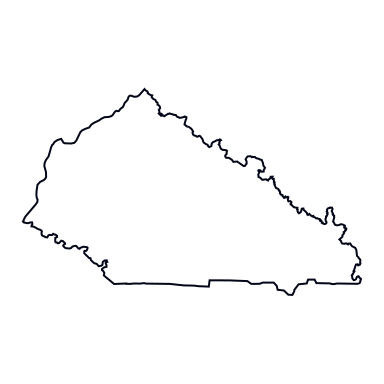 Nahouri, Nahouri, Burkina Faso
{"feature_id": "67063806B90465948144495", "entity_name": "Nahouri", "entity_type": "district", "adm_level": 2, "iso_a3": "BFA", "parent_name": "Burkina Faso", "parent_adm1": "Nahouri", "projection": "orthographic", "projection_center": [-1.117, 11.253], "detail": "fine", "context": "isolated", "style": "outline", "palette": "ink", "viewbox_px": 384, "rotation_deg": 0, "n_neighbors": 0, "source": "geoboundaries", "source_scale": "gbopen_adm2", "svg_char_len": 5994}
<svg xmlns="http://www.w3.org/2000/svg" viewBox="0 0 384 384"><path d="M45.9,160.1L44.7,162.8L44.3,166.0L46.0,172.1L46.1,176.9L45.4,178.6L43.6,180.2L40.1,181.9L37.5,184.8L36.5,191.4L36.4,195.5L36.9,198.4L37.6,199.6L37.3,202.1L35.4,204.8L25.3,216.7L23.8,219.6L23.5,221.1L23.0,221.5L23.7,222.4L26.7,223.1L28.6,223.1L29.6,222.6L32.0,222.3L32.4,224.0L31.6,225.4L31.5,226.4L33.9,226.7L37.9,229.0L40.7,230.0L41.9,231.3L41.5,233.1L41.7,234.7L42.3,235.6L44.9,236.7L45.2,237.1L47.2,237.4L48.4,235.4L49.4,234.9L51.9,235.1L53.2,233.8L54.2,234.5L55.5,234.6L57.0,235.8L57.1,237.0L55.3,237.8L55.2,241.7L56.1,242.5L56.8,242.4L57.8,243.3L59.0,243.1L61.3,240.7L63.0,241.2L65.0,243.2L65.1,243.8L63.6,244.9L63.2,245.5L63.4,246.3L65.5,248.1L69.4,248.5L71.0,248.1L72.5,246.5L75.1,245.8L76.4,246.1L78.3,248.4L79.6,248.8L80.2,247.9L83.4,246.7L87.0,247.2L87.6,247.8L87.4,248.8L86.7,250.3L86.1,250.9L84.7,250.9L84.2,251.3L84.3,253.3L89.2,258.1L90.5,258.2L90.9,260.1L94.2,263.2L96.7,263.9L98.7,266.2L101.3,265.7L102.4,264.9L102.8,262.0L104.5,260.5L106.7,260.4L106.7,261.2L107.2,261.9L105.9,262.4L105.6,262.9L106.4,264.9L106.5,266.8L105.0,267.1L103.4,267.8L102.0,269.1L102.0,270.1L103.3,271.1L104.3,272.9L103.9,275.5L114.1,284.0L126.2,283.5L126.2,283.8L130.5,283.9L133.6,283.5L140.0,283.6L144.1,283.1L146.0,283.6L169.7,283.9L183.8,285.4L193.8,285.6L198.6,286.2L208.8,286.6L209.6,280.3L229.6,280.4L247.4,281.1L251.3,283.9L259.7,283.8L262.7,282.6L273.7,282.6L276.7,285.8L277.7,289.8L283.9,290.5L288.3,294.7L292.4,294.9L294.2,291.4L294.4,289.8L298.6,284.3L306.7,283.5L308.1,279.6L314.6,279.6L316.4,283.1L330.3,283.4L331.4,284.0L334.3,284.1L336.7,283.5L357.6,283.8L359.6,283.1L360.2,282.0L360.4,280.2L360.8,279.9L361.0,278.9L359.1,277.3L358.8,276.5L358.2,276.2L356.9,276.9L355.9,279.3L354.7,280.0L353.7,280.1L352.4,278.5L352.1,276.3L351.7,275.5L352.2,274.6L352.8,274.4L353.0,273.5L353.8,272.5L354.1,271.7L353.7,271.3L354.4,271.0L354.0,270.3L355.9,264.6L357.5,264.3L358.0,265.3L358.7,265.3L359.3,264.5L359.9,264.6L360.4,263.6L360.1,261.8L360.4,260.3L360.1,259.4L358.7,258.1L358.6,257.5L357.0,255.9L356.3,249.9L355.2,247.8L352.2,246.3L351.3,245.4L350.3,243.5L349.0,243.5L348.2,244.3L347.9,243.8L347.3,244.0L346.4,243.4L345.3,243.4L344.6,243.8L342.2,243.5L341.5,242.7L341.1,241.1L339.4,239.4L342.1,237.1L342.5,236.3L342.4,235.2L343.8,233.7L344.0,232.9L343.7,232.1L344.8,231.5L345.3,230.8L345.1,230.6L345.3,229.9L346.2,229.6L346.3,228.6L345.8,228.1L344.4,227.8L344.1,227.1L345.0,226.0L344.9,225.6L342.9,224.6L341.0,224.2L338.9,225.1L337.0,225.3L335.3,224.9L334.3,223.6L334.1,222.8L333.1,221.6L334.3,217.1L333.9,216.4L334.1,215.7L333.2,215.2L333.2,214.2L332.6,213.9L332.7,213.0L331.7,211.1L332.6,209.0L331.9,207.6L330.3,207.5L329.9,208.0L329.1,207.9L327.6,208.6L327.0,209.8L327.1,210.7L326.7,211.5L327.4,212.2L327.1,213.2L327.6,213.3L327.6,214.1L326.6,216.3L326.0,216.4L326.0,217.8L325.5,218.8L325.7,220.8L326.5,222.0L326.5,222.5L326.2,223.4L325.0,224.0L323.7,223.9L322.5,223.2L322.9,223.0L322.6,222.5L321.8,222.6L321.4,221.0L320.8,221.1L319.9,220.7L319.9,220.1L320.4,219.7L319.7,219.0L318.1,218.8L317.3,218.2L316.2,218.4L315.2,217.5L312.8,216.6L313.0,216.0L312.1,216.2L310.7,215.4L309.4,213.9L308.0,215.0L307.3,214.6L306.9,212.9L303.6,209.7L303.4,208.5L301.8,208.7L301.0,211.6L299.8,212.9L299.1,213.2L299.0,212.8L298.2,212.6L297.5,211.0L297.7,209.6L297.1,209.4L297.4,207.8L294.5,207.4L293.2,206.6L290.9,204.2L290.6,204.3L290.5,203.9L291.4,202.8L291.4,202.0L290.3,201.1L288.6,201.4L288.2,201.1L287.8,199.2L288.3,198.0L288.3,197.1L287.9,196.8L286.4,197.3L285.5,196.5L284.6,197.9L283.8,197.7L283.6,197.0L282.6,196.2L282.5,195.1L280.7,194.6L280.6,193.9L279.9,193.2L280.1,192.5L279.7,190.9L278.8,190.5L278.7,189.5L277.9,188.8L275.9,187.9L274.7,185.2L274.8,184.5L274.3,184.1L274.5,183.4L274.0,182.8L274.6,182.2L273.9,181.3L273.7,178.8L272.7,179.0L271.9,178.1L272.5,176.7L270.6,176.8L270.4,177.9L269.4,179.1L268.4,179.5L268.0,180.5L265.9,179.3L262.3,179.8L259.9,177.5L258.5,177.0L258.3,174.7L259.3,172.0L259.2,171.2L258.6,171.2L258.3,170.6L258.7,170.1L259.8,170.2L260.5,170.5L261.2,171.7L263.6,171.6L263.7,170.2L265.0,167.8L263.4,165.7L263.0,163.2L261.7,159.9L259.8,159.5L258.8,158.8L256.2,158.2L254.8,156.9L253.4,157.1L252.5,156.8L251.9,157.2L250.6,156.2L247.8,156.4L247.2,156.8L245.6,159.2L246.6,161.6L246.6,163.7L245.6,164.8L245.1,165.8L243.7,166.1L237.1,161.5L233.4,161.9L231.8,159.7L228.8,157.8L226.2,157.8L225.4,156.9L225.2,155.6L226.7,153.8L226.6,152.4L227.0,150.9L226.1,150.2L222.5,149.8L220.8,148.7L219.6,145.5L218.7,144.4L219.5,143.6L219.3,142.1L219.7,141.8L220.2,140.1L220.8,140.0L220.6,139.7L219.8,139.4L218.7,140.0L216.6,140.3L215.1,141.3L213.1,142.0L211.8,143.5L211.3,146.1L209.2,147.1L208.2,146.2L207.6,144.8L205.8,144.0L203.6,142.5L202.4,139.0L200.2,136.2L199.3,135.8L197.2,136.8L195.9,135.9L194.0,135.4L193.2,134.7L192.8,133.8L192.5,132.4L193.1,131.8L193.0,131.2L191.4,128.8L189.0,127.0L186.6,126.3L184.5,124.4L185.7,119.9L186.3,118.8L186.4,117.2L185.6,116.7L184.6,116.9L184.3,116.6L183.4,117.2L179.7,117.9L178.4,117.1L177.5,117.0L176.5,116.1L175.8,115.0L173.4,114.8L172.7,114.2L171.7,114.2L169.6,113.4L168.8,113.9L168.1,113.8L164.2,116.2L163.4,115.5L161.1,115.8L160.9,115.3L161.1,115.0L162.0,114.6L161.6,113.8L160.8,113.6L160.2,114.7L159.8,114.7L158.9,113.6L159.9,113.2L159.3,112.5L159.3,111.0L158.8,109.8L160.1,108.3L160.0,106.9L158.8,105.3L157.5,104.7L157.6,102.8L156.1,101.7L155.4,99.9L153.5,99.1L151.8,97.4L151.7,96.6L152.2,95.4L150.7,95.1L148.4,93.8L147.7,93.1L147.9,92.3L147.3,91.4L145.2,90.1L144.5,89.1L139.3,95.1L137.2,96.5L134.3,96.8L130.9,95.6L129.5,95.8L128.5,97.0L127.6,99.8L124.6,103.1L123.1,106.8L120.3,109.0L118.9,111.0L117.8,111.2L116.5,110.8L115.8,111.1L114.8,111.9L112.5,115.3L111.1,116.2L109.0,116.9L104.6,117.2L101.6,118.6L99.1,120.4L93.8,122.9L91.2,124.7L89.2,127.5L85.4,128.8L82.1,130.4L80.4,132.1L76.4,140.4L74.5,142.7L71.5,143.5L65.0,143.3L63.5,142.7L61.2,138.9L57.5,140.0L54.4,142.1L53.3,144.0L52.2,144.9L51.2,147.1L48.6,156.3L45.9,160.1Z" fill="none" stroke="#020617" stroke-width="2"/></svg>